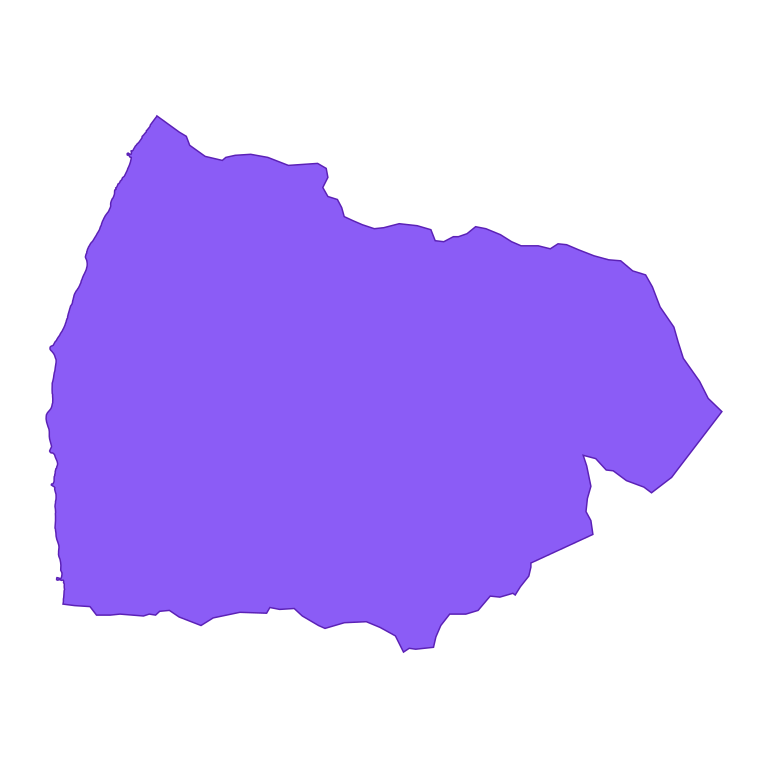 outline of Bouton, Soufrière, Saint Lucia
{"feature_id": "8701671B93683641934125", "entity_name": "Bouton", "entity_type": "district", "adm_level": 2, "iso_a3": "LCA", "parent_name": "Saint Lucia", "parent_adm1": "Soufrière", "projection": "natural_earth1", "projection_center": [-61.073, 13.88], "detail": "fine", "context": "isolated", "style": "filled", "palette": "violet", "viewbox_px": 768, "rotation_deg": 0, "n_neighbors": 0, "source": "geoboundaries", "source_scale": "gbopen_adm2", "svg_char_len": 5865}
<svg xmlns="http://www.w3.org/2000/svg" viewBox="0 0 768 768"><path d="M156.9,115.9L156.4,116.9L155.2,118.4L152.0,122.7L150.4,124.9L150.3,125.1L150.1,126.0L150.1,126.3L149.6,127.0L148.2,128.7L147.5,129.6L147.2,130.0L146.5,130.6L146.3,130.9L146.3,131.4L146.3,131.8L145.9,132.4L145.4,132.8L144.3,134.1L144.0,134.6L143.5,135.0L143.3,135.4L142.3,136.2L142.0,137.0L142.0,137.9L139.6,141.3L138.9,142.3L138.2,143.0L137.8,143.4L137.4,143.7L136.8,144.3L136.6,144.6L136.5,145.0L135.4,146.0L134.6,147.4L133.5,149.3L133.0,150.3L132.4,150.9L132.2,151.0L131.8,150.8L131.2,150.8L131.1,151.3L131.4,152.3L131.5,153.0L131.2,154.1L130.8,154.3L130.6,154.3L130.1,154.2L129.0,153.7L128.3,153.1L127.9,153.2L127.5,153.3L127.2,153.6L127.2,154.7L127.4,155.1L128.1,155.1L128.6,154.8L129.5,156.4L129.9,157.0L130.3,157.3L130.9,157.2L131.3,157.5L131.2,158.4L131.1,159.2L130.6,161.1L130.5,161.8L129.5,164.8L128.7,166.7L127.7,168.8L127.4,169.9L126.8,171.2L124.5,175.9L124.1,176.5L123.4,177.0L122.5,177.7L121.9,179.2L121.8,179.6L121.3,180.1L120.8,180.7L120.4,180.9L119.7,182.4L119.5,182.8L118.7,183.7L118.1,183.9L117.6,185.2L116.8,187.0L116.0,187.7L115.7,187.9L115.7,188.2L116.0,188.6L116.0,189.2L115.9,189.4L115.6,189.6L115.1,189.7L114.8,190.2L114.6,190.8L114.5,193.6L114.4,194.2L114.2,194.9L113.5,196.8L113.0,197.9L112.1,199.0L112.0,199.4L111.4,200.7L110.8,202.6L110.6,204.1L110.7,205.4L110.7,206.1L110.4,207.3L109.5,209.2L108.9,210.7L108.4,211.5L108.1,212.1L107.3,213.0L105.3,215.7L105.0,216.3L103.9,218.3L103.1,220.1L102.5,221.2L102.0,222.7L101.6,223.6L101.4,224.8L101.1,225.5L100.8,226.1L100.4,226.8L99.7,229.0L99.3,230.0L97.8,232.6L97.3,233.3L96.7,234.4L96.3,235.3L96.0,235.7L95.5,236.5L95.0,237.3L94.5,238.1L93.8,239.3L92.7,241.1L92.2,241.7L91.4,242.4L91.1,242.8L90.4,243.8L89.0,246.3L88.6,246.8L88.2,247.9L88.0,248.3L87.6,249.1L87.3,250.0L87.1,251.0L86.8,251.6L86.7,252.4L86.7,252.9L86.7,253.2L86.3,253.7L86.1,254.1L85.8,255.1L85.4,256.8L85.5,257.6L86.5,259.8L86.8,260.7L87.0,261.9L87.2,263.3L87.2,264.5L87.1,266.2L86.7,267.6L86.3,269.4L85.5,271.3L84.2,274.1L83.7,275.0L82.6,277.5L82.0,279.4L81.6,280.1L81.2,281.1L80.9,282.7L80.3,283.9L79.5,285.8L78.3,288.1L77.9,288.5L77.3,289.6L76.4,290.7L76.2,291.0L75.7,291.9L74.7,293.7L74.3,294.7L73.9,296.0L73.7,297.2L73.4,298.0L73.2,299.2L72.8,300.4L72.5,301.9L72.5,302.7L72.3,303.0L72.0,304.0L71.3,305.1L70.5,306.2L70.3,307.2L69.6,309.2L69.4,310.3L69.1,311.1L68.7,312.6L68.5,313.1L68.2,314.2L67.9,315.5L67.6,316.7L67.6,317.7L67.5,318.1L67.0,318.7L66.8,319.5L66.5,320.1L66.4,320.5L66.1,321.9L65.4,323.7L65.0,325.1L64.5,326.2L63.9,327.6L63.5,328.4L62.7,329.9L62.2,331.0L61.3,332.3L60.5,333.5L60.2,334.1L59.7,335.2L58.1,337.4L56.7,339.7L56.6,340.1L56.1,340.8L55.5,341.3L55.1,341.8L54.7,342.5L54.1,343.7L53.7,344.3L53.3,345.2L52.8,345.5L52.2,345.8L51.8,345.9L51.2,346.2L50.7,346.5L50.3,346.9L50.1,347.4L50.0,348.2L50.1,349.3L50.3,349.6L50.5,349.9L50.9,350.5L51.3,350.8L51.8,351.3L52.1,351.6L52.5,352.2L53.5,353.4L54.3,354.8L54.7,355.7L55.4,358.0L56.1,359.7L56.1,362.3L55.9,363.5L55.3,367.3L54.9,370.6L54.3,372.7L53.8,375.7L53.5,378.0L52.8,381.2L52.2,383.2L52.2,385.1L52.1,389.2L52.2,393.3L52.6,394.5L52.6,396.6L52.8,399.2L52.7,401.0L52.7,402.7L52.3,403.9L51.9,405.9L51.5,407.2L50.9,408.6L49.9,409.9L47.5,412.7L46.4,414.8L46.2,416.6L46.1,418.9L46.6,422.0L47.9,426.3L49.0,429.3L49.3,431.7L49.3,436.4L49.6,438.9L50.5,442.3L51.2,444.9L51.5,446.0L51.5,446.9L50.3,449.3L50.0,450.1L49.6,451.0L50.3,452.3L51.1,452.9L52.5,452.9L53.3,453.4L54.5,454.6L55.4,457.4L57.1,461.3L57.6,463.4L57.5,464.9L56.7,467.0L56.6,468.0L55.9,468.7L55.2,471.6L55.2,473.2L54.8,474.3L54.8,475.4L54.2,476.7L54.1,479.0L54.1,481.4L53.7,482.3L53.1,483.7L52.9,483.8L52.0,484.0L51.6,484.0L51.3,484.7L51.3,485.0L52.5,485.8L54.3,486.9L54.9,487.8L54.6,489.0L55.1,491.1L56.0,494.3L56.1,497.0L56.0,499.3L55.5,501.4L55.5,502.8L55.1,504.9L55.0,506.6L55.4,509.1L55.6,512.5L55.4,513.5L55.5,516.1L55.5,520.8L55.0,528.1L55.4,528.8L55.6,531.1L55.9,532.7L56.1,536.2L56.8,539.4L57.8,542.1L58.8,545.3L59.0,547.3L58.6,551.1L58.6,552.4L58.5,554.6L58.9,556.5L60.0,559.3L60.6,562.4L60.9,565.3L60.7,570.2L61.9,572.7L62.0,574.3L61.6,576.8L61.0,578.3L60.7,578.7L60.3,578.7L59.0,578.1L57.9,577.8L57.0,577.6L56.7,578.1L56.6,579.7L57.1,580.0L57.9,580.2L58.8,579.7L59.5,579.7L61.6,580.4L62.4,580.2L63.2,580.2L63.6,580.8L63.7,581.9L63.5,582.7L63.9,583.2L64.2,583.8L64.3,584.6L64.2,585.9L64.2,586.9L64.3,588.3L64.6,589.2L64.2,590.5L64.1,591.3L64.0,593.4L63.9,595.0L63.8,596.3L63.7,597.5L63.4,599.1L63.4,601.5L63.1,603.6L63.0,604.1L74.6,605.6L90.0,606.6L96.5,615.1L110.3,615.1L120.0,614.1L143.5,616.0L149.2,614.1L155.6,615.1L159.7,611.3L169.4,610.4L179.1,617.0L201.0,625.5L213.2,617.9L239.9,612.3L266.6,613.2L269.9,607.5L279.6,609.4L294.2,608.5L302.3,616.0L318.5,625.5L325.0,628.4L344.4,622.7L366.3,621.7L380.0,627.4L395.4,635.9L403.5,652.1L409.2,648.3L415.7,649.2L433.5,647.3L435.9,636.9L440.8,625.5L449.7,614.1L465.9,614.1L478.1,610.4L490.2,596.1L499.9,597.1L512.9,593.3L515.2,595.0L520.4,586.7L528.8,576.1L530.9,567.1L530.9,563.0L592.9,534.4L590.9,520.6L586.0,511.6L587.4,498.5L590.9,486.3L586.7,465.9L583.2,455.3L595.7,458.6L606.2,470.0L613.2,470.8L626.4,480.6L643.9,487.1L651.5,492.8L671.7,477.3L676.6,470.8L721.9,411.6L708.2,398.4L699.6,381.4L683.3,358.3L678.2,342.2L673.9,327.1L660.1,307.0L652.4,286.9L645.6,274.9L632.7,270.9L620.7,260.8L608.6,259.8L594.0,255.8L578.6,249.8L566.6,244.7L558.0,243.8L550.3,248.8L538.2,245.8L521.1,245.8L511.6,241.7L500.5,234.7L485.9,228.7L475.6,226.7L467.0,233.7L458.4,236.7L453.3,236.7L443.8,241.7L435.2,240.7L430.9,229.7L417.2,225.7L399.2,223.7L383.7,227.7L374.3,228.7L362.3,224.7L352.8,220.6L344.2,216.6L341.7,207.6L337.4,199.5L327.9,196.5L322.8,187.5L327.9,177.4L326.2,168.4L317.6,163.4L288.4,165.4L267.8,157.4L250.7,154.3L235.2,155.3L225.8,157.4L222.3,160.4L205.2,156.4L189.7,145.3L186.3,136.3L179.4,132.2L156.9,115.9Z" fill="#8b5cf6" stroke="#5b21b6" stroke-width="1.5"/></svg>